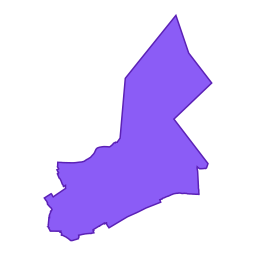 the district of Medemblik, Noord-Holland, Netherlands
{"feature_id": "6326949B12217524678561", "entity_name": "Medemblik", "entity_type": "district", "adm_level": 2, "iso_a3": "NLD", "parent_name": "Netherlands", "parent_adm1": "Noord-Holland", "projection": "mercator", "projection_center": [5.083, 52.79], "detail": "fine", "context": "isolated", "style": "filled", "palette": "violet", "viewbox_px": 256, "rotation_deg": 0, "n_neighbors": 0, "source": "geoboundaries", "source_scale": "gbopen_adm2", "svg_char_len": 4911}
<svg xmlns="http://www.w3.org/2000/svg" viewBox="0 0 256 256"><path d="M211.7,83.0L188.7,53.1L175.9,15.4L138.2,62.2L125.3,78.3L120.1,138.1L117.2,142.2L117.2,142.3L116.8,142.3L115.7,142.3L115.5,142.6L115.3,142.3L114.5,142.8L113.7,143.1L113.3,143.5L113.0,143.9L112.8,144.4L112.6,144.6L112.1,144.9L111.7,145.3L110.4,146.4L110.1,146.6L109.4,146.9L108.0,146.8L107.1,146.7L103.9,146.6L102.9,146.7L100.8,147.0L99.3,147.3L97.3,148.0L96.7,148.6L96.0,149.3L95.4,150.6L94.6,152.4L94.3,152.9L94.0,153.4L93.5,154.1L92.9,154.7L91.0,156.8L90.7,157.2L90.3,157.5L89.9,157.7L88.0,158.9L87.2,159.3L86.3,159.8L85.7,160.2L84.6,161.0L84.4,161.2L84.1,161.3L82.3,161.8L81.5,162.0L81.1,162.0L80.8,162.1L80.0,162.1L79.1,162.2L78.3,162.3L77.5,162.4L76.0,162.6L73.5,162.8L72.3,162.8L71.2,162.8L66.6,162.7L62.9,162.6L60.7,162.4L59.7,162.4L57.8,162.3L57.6,166.5L57.4,166.7L57.4,166.8L57.5,166.9L57.6,167.1L57.8,167.4L57.9,167.5L58.1,167.8L58.3,168.0L58.5,168.4L58.6,168.5L58.6,169.0L56.9,169.8L57.2,170.3L57.6,171.1L57.7,171.3L57.8,171.5L58.0,171.6L58.1,171.8L58.2,172.0L58.4,172.2L58.5,172.3L58.6,172.6L58.6,172.8L57.6,173.4L57.7,173.5L57.9,173.8L58.1,173.9L58.1,174.0L57.6,174.3L58.0,175.1L58.0,175.3L58.1,175.5L59.0,177.7L59.1,177.9L59.3,178.2L59.5,178.2L59.6,178.4L59.7,178.5L60.0,178.8L60.9,180.5L61.0,180.7L61.5,182.1L61.8,182.8L62.1,183.7L62.2,184.0L62.3,184.1L62.5,184.3L63.0,185.1L63.4,185.7L63.5,185.8L63.6,186.1L63.4,186.3L63.5,186.5L65.5,185.4L65.5,185.8L65.5,186.0L65.5,186.3L65.5,186.9L65.5,187.0L65.5,187.3L65.5,187.6L65.5,187.8L65.6,188.4L63.2,190.0L60.6,191.8L56.4,194.6L53.2,196.9L52.7,196.3L51.8,194.4L51.7,194.3L51.1,193.7L44.3,198.0L44.9,198.8L45.0,198.9L45.6,200.0L45.8,200.1L46.8,201.4L46.9,201.7L47.0,202.0L47.1,202.3L47.3,202.6L47.5,202.7L47.5,202.8L47.5,203.1L47.4,203.1L47.4,203.3L47.4,203.5L47.4,203.8L47.5,204.2L47.7,204.5L47.8,204.6L48.0,204.8L48.5,205.2L48.5,205.3L48.6,205.5L48.8,205.7L49.0,205.9L49.1,206.0L49.3,206.2L49.5,206.5L49.8,206.8L50.2,207.2L50.5,207.4L50.8,207.6L50.9,207.9L51.1,208.0L51.3,208.3L51.5,208.7L51.8,209.0L52.0,209.6L52.0,209.8L50.8,211.0L51.1,211.1L49.5,214.8L49.3,215.3L49.5,215.5L49.4,216.0L49.2,216.6L49.4,216.6L49.4,216.8L49.5,216.8L49.5,217.1L49.5,217.5L49.2,217.4L48.9,217.5L48.9,218.3L48.8,218.8L48.8,219.1L48.8,219.4L48.7,220.5L48.4,223.4L48.4,224.4L48.3,224.5L48.2,224.7L48.3,224.9L48.2,226.9L48.3,227.0L48.2,227.0L48.3,227.1L48.6,227.9L49.3,229.1L50.3,231.1L60.8,231.2L60.4,232.2L60.3,232.3L60.7,232.4L61.1,232.5L61.3,232.9L61.4,233.0L61.5,233.2L61.6,233.3L61.7,233.9L61.7,234.1L61.5,234.3L61.4,234.9L61.4,235.2L61.9,235.3L62.1,235.3L62.3,235.3L62.7,235.4L62.8,235.4L63.5,235.7L63.7,235.8L63.8,235.9L64.5,236.3L65.2,236.6L66.0,237.0L66.4,237.2L66.8,237.6L67.3,237.9L67.8,238.2L68.0,238.4L68.2,238.5L68.8,238.9L68.9,239.0L69.1,239.3L70.2,240.1L70.4,240.4L70.8,240.4L71.0,240.6L71.4,240.6L72.5,240.5L75.0,239.7L75.4,239.6L75.6,239.6L75.9,239.5L77.7,238.9L78.4,238.7L78.4,238.3L78.4,238.1L78.5,237.8L78.7,237.6L78.8,237.3L78.9,237.2L78.9,236.8L78.7,235.9L78.9,235.8L78.7,235.2L80.9,234.8L81.0,234.7L85.0,233.9L86.8,233.7L90.2,233.4L90.4,233.5L91.4,233.4L91.5,233.2L93.0,233.0L93.9,232.8L93.3,231.2L93.1,231.0L93.8,230.5L93.2,229.7L98.9,226.2L98.9,226.3L99.5,226.2L99.5,225.9L102.5,224.2L103.1,223.8L104.2,223.1L104.4,223.9L105.3,223.6L105.2,223.4L106.0,222.9L106.5,222.8L106.6,223.8L106.7,224.3L106.8,224.4L107.2,225.1L107.4,225.5L107.5,225.7L108.4,226.9L109.0,227.8L127.4,216.8L138.5,211.8L146.0,208.0L156.4,203.9L160.7,202.2L160.5,201.7L160.1,200.4L159.8,199.7L161.2,199.3L161.3,199.1L161.6,199.0L161.8,199.0L162.0,199.0L162.3,198.9L162.4,198.6L162.5,198.5L162.5,198.4L162.9,198.2L163.4,198.0L164.4,197.7L164.6,197.6L165.1,197.4L165.4,197.1L165.7,197.0L168.2,196.1L168.3,196.1L168.5,196.1L169.2,195.7L169.5,195.6L169.8,195.4L170.2,195.3L170.4,195.2L170.5,195.1L171.6,194.6L172.0,194.5L172.2,194.4L173.0,194.1L173.6,193.8L174.2,193.7L176.5,193.3L177.3,193.3L178.2,193.2L178.4,193.1L178.7,193.0L179.0,193.1L179.4,193.0L180.4,193.1L181.5,193.4L182.6,193.5L183.5,193.4L183.9,193.3L184.5,193.3L185.0,193.4L186.2,193.4L186.8,193.5L187.2,193.7L187.7,193.8L188.3,193.8L189.3,193.9L190.9,193.9L192.9,194.1L194.1,194.1L195.0,194.2L196.4,194.3L197.4,194.2L197.8,194.3L198.3,194.4L198.9,194.4L198.9,194.2L199.0,194.0L198.9,193.5L198.9,193.4L198.9,193.1L198.8,192.6L198.8,192.4L198.8,191.9L198.8,190.9L198.8,190.4L198.7,189.9L198.7,189.2L198.5,188.9L198.4,187.8L198.4,187.1L198.4,186.7L198.4,186.1L198.4,185.8L198.4,185.5L198.3,185.2L198.3,184.6L198.3,184.1L198.3,183.9L198.2,183.1L198.2,182.0L198.1,180.6L198.1,180.4L197.7,172.6L197.6,171.1L197.5,170.5L197.2,169.1L197.1,167.5L197.2,166.8L197.6,167.2L198.0,167.5L199.0,168.3L199.6,168.7L199.9,168.8L200.0,168.8L200.2,168.7L201.8,168.7L203.4,168.6L204.7,168.4L205.3,168.5L205.6,168.5L205.7,168.4L205.9,168.4L206.2,168.1L206.5,167.9L206.7,167.4L208.0,163.6L173.9,119.1L211.7,83.0Z" fill="#8b5cf6" stroke="#5b21b6" stroke-width="1.5"/></svg>